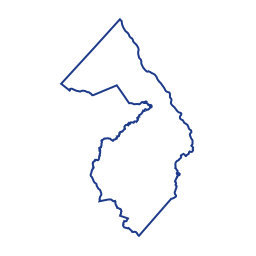 outline of Santa Terezinha, Mato Grosso, Brazil, rotated 308°
{"feature_id": "56859067B41133101441873", "entity_name": "Santa Terezinha", "entity_type": "district", "adm_level": 2, "iso_a3": "BRA", "parent_name": "Brazil", "parent_adm1": "Mato Grosso", "projection": "natural_earth1", "projection_center": [-50.819, -10.289], "detail": "fine", "context": "isolated", "style": "outline", "palette": "blue", "viewbox_px": 256, "rotation_deg": 308, "n_neighbors": 0, "source": "geoboundaries", "source_scale": "gbopen_adm2", "svg_char_len": 5973}
<svg xmlns="http://www.w3.org/2000/svg" viewBox="0 0 256 256"><g transform="rotate(308 128 128)"><path d="M121.7,48.1L121.6,59.0L122.1,59.0L122.6,58.3L123.3,58.4L124.3,59.4L124.6,60.1L124.7,61.0L125.6,64.5L127.3,67.9L128.6,68.5L129.5,69.3L130.6,71.1L131.3,73.9L131.6,74.6L132.1,75.1L132.2,76.2L132.0,76.9L132.3,77.8L131.8,79.5L132.1,80.0L132.7,80.5L154.7,92.9L152.0,101.8L148.2,113.6L149.4,115.0L149.8,115.7L150.1,116.5L150.3,117.7L150.6,118.2L151.0,118.8L152.3,120.1L152.8,120.8L153.6,122.2L153.9,122.5L157.1,123.1L157.7,123.9L157.5,124.5L158.0,125.0L158.8,125.1L160.0,125.8L160.1,126.4L159.6,126.5L159.1,125.9L158.2,126.0L158.6,126.5L158.8,126.9L159.2,127.9L159.3,128.6L158.7,129.4L158.7,130.0L159.3,130.6L159.7,130.9L159.8,131.4L160.2,131.9L160.2,132.6L159.9,133.0L159.5,133.1L159.2,133.6L158.8,133.7L158.6,133.3L158.6,132.7L158.1,132.3L157.6,132.8L157.1,133.0L156.6,133.0L155.5,132.6L155.0,132.6L154.2,131.8L153.6,131.6L153.8,131.0L153.6,130.2L153.2,129.9L152.0,130.0L151.6,130.5L151.1,130.0L150.9,129.3L150.4,129.6L149.8,129.7L149.3,129.5L148.5,129.8L148.1,129.7L147.5,129.8L145.8,129.4L145.3,128.9L144.1,129.3L143.8,129.9L142.9,129.3L141.8,129.1L141.7,129.8L141.2,129.6L140.8,130.2L140.6,130.8L139.8,130.7L139.3,130.9L138.3,130.9L138.4,130.4L137.6,129.8L137.1,129.0L136.5,129.0L136.0,129.3L135.5,129.1L135.2,128.2L134.2,126.8L133.7,126.9L133.2,126.9L132.9,126.2L132.8,125.6L131.7,125.5L131.5,126.0L131.6,126.7L130.8,126.4L130.2,126.5L130.1,125.9L130.4,125.4L129.9,125.3L129.6,125.0L129.0,124.4L127.1,124.3L126.7,124.4L126.2,125.0L125.9,125.9L125.2,126.2L124.7,125.7L123.2,125.8L122.0,125.7L121.5,125.3L121.0,125.4L120.5,124.8L120.3,124.4L119.7,124.5L119.1,124.2L118.4,125.1L117.9,124.8L117.3,125.0L116.3,125.8L115.7,125.5L115.4,125.1L115.0,124.8L115.0,125.3L114.4,125.0L113.7,125.3L113.1,125.0L112.7,125.6L111.9,125.3L111.5,125.0L111.0,124.9L110.6,124.3L110.0,124.0L109.5,124.0L108.9,124.2L108.5,123.8L108.6,123.0L108.4,122.2L108.5,121.0L108.6,120.4L108.3,119.9L108.0,119.7L107.7,118.8L107.4,118.3L106.3,117.3L105.1,115.8L104.2,115.8L103.7,115.5L103.3,115.5L102.7,115.2L102.3,114.8L101.9,114.8L101.4,115.0L101.1,115.9L100.6,116.4L99.7,116.5L98.8,117.1L98.2,117.7L97.6,118.0L97.0,118.1L96.2,118.6L95.4,117.9L94.6,117.6L94.1,118.0L94.0,118.5L94.1,119.0L93.4,119.7L93.1,119.0L92.5,119.5L91.9,120.7L91.3,121.4L90.6,121.7L90.0,121.7L89.2,122.7L88.7,122.9L88.1,122.6L87.5,123.1L86.0,124.0L85.2,124.3L84.2,124.2L83.8,123.8L83.5,122.7L82.7,121.7L82.2,121.7L82.0,122.2L80.9,122.0L80.2,121.5L79.1,121.6L78.7,122.1L78.3,122.1L76.6,123.8L76.0,125.0L75.6,125.4L75.0,125.4L74.6,125.0L73.8,125.6L73.1,125.5L72.7,125.5L71.5,126.1L70.8,126.3L69.5,127.0L68.7,127.1L68.1,127.4L67.6,127.9L67.3,128.3L67.1,129.2L67.0,130.2L66.5,130.8L65.9,132.3L65.5,132.7L65.1,133.4L64.4,135.2L64.5,137.2L64.3,137.8L63.0,139.2L62.6,140.5L62.0,141.6L62.0,143.8L61.8,144.4L61.0,145.7L60.0,147.2L58.9,148.1L56.5,148.4L56.0,148.7L54.4,149.3L54.1,150.1L52.7,150.6L59.3,156.3L60.9,158.1L61.2,158.6L61.3,160.2L61.2,160.7L61.4,161.8L62.6,162.7L62.1,163.6L61.3,164.0L60.1,165.5L59.8,166.4L59.4,166.8L59.2,167.9L58.7,168.2L58.4,168.6L58.8,169.2L59.1,171.1L59.4,171.5L59.5,172.3L59.2,172.8L58.2,174.3L57.2,174.3L56.2,175.3L55.1,175.3L54.6,175.7L54.0,175.8L56.7,183.7L54.7,183.9L54.2,183.8L53.8,184.1L53.4,183.9L52.7,183.2L52.3,182.3L51.5,182.7L50.4,182.7L49.9,183.0L49.5,183.7L48.9,183.6L47.9,184.5L47.5,185.5L47.4,186.3L47.8,187.1L47.9,187.6L48.5,188.6L48.8,189.7L49.6,190.1L49.4,191.3L49.3,192.9L49.1,193.7L49.2,194.4L48.7,195.3L49.3,196.2L50.3,197.0L50.9,198.4L50.7,199.1L50.7,199.6L49.9,201.6L49.8,203.0L98.4,205.6L98.8,205.6L99.8,206.5L101.5,207.3L102.6,207.7L103.6,207.9L104.0,207.7L104.4,207.4L104.6,206.7L104.9,205.6L105.5,205.0L106.0,204.4L106.5,204.2L107.8,203.9L109.1,203.3L110.1,203.2L111.1,202.5L111.8,202.4L112.2,201.9L112.2,201.0L112.4,200.5L112.8,200.3L113.6,200.3L114.7,199.0L114.6,198.2L114.9,197.8L115.6,197.8L116.2,197.5L118.6,197.0L119.3,197.1L119.6,196.6L120.0,196.5L121.1,196.7L122.4,197.4L123.1,197.3L123.6,197.1L123.8,196.4L123.6,195.7L122.7,195.5L122.5,196.4L121.8,195.5L121.8,195.0L122.1,194.5L122.5,194.2L124.2,193.9L124.7,193.5L124.9,193.1L125.1,191.6L125.7,190.7L125.5,190.0L127.0,189.2L127.5,188.5L129.3,187.2L130.0,186.9L131.7,186.8L132.2,186.9L133.6,187.6L134.1,187.7L134.8,187.6L136.3,187.9L136.8,188.0L137.6,187.9L138.2,187.6L138.5,186.8L138.9,186.6L140.1,186.9L141.1,187.5L141.7,187.6L141.9,189.0L141.4,190.6L141.7,191.0L143.1,191.0L143.7,191.3L144.4,191.4L144.8,191.7L145.3,191.7L146.5,191.0L147.4,191.0L147.8,192.3L148.3,192.8L148.8,193.1L150.2,193.1L150.7,192.9L151.2,191.9L152.4,191.6L152.9,190.9L152.9,189.4L153.1,188.8L154.7,188.8L155.3,188.6L156.0,187.9L157.4,187.0L158.2,186.1L158.5,184.8L158.8,184.1L159.0,183.6L159.5,182.9L159.8,182.2L161.1,180.6L162.2,180.4L163.7,180.5L164.1,180.2L164.6,179.7L165.0,179.0L164.8,177.8L164.8,177.0L165.1,176.3L165.4,175.7L166.3,174.5L167.1,172.7L166.9,171.9L167.0,170.7L166.7,169.1L167.5,167.4L167.8,166.7L167.8,166.2L167.5,165.1L167.5,163.3L168.0,162.7L169.3,161.8L170.9,161.8L171.5,161.6L172.0,161.3L172.3,160.8L172.3,160.2L171.7,158.8L171.6,158.1L171.6,157.2L171.7,156.3L172.9,151.9L173.1,148.8L173.7,146.8L174.6,146.1L176.3,145.3L177.1,144.8L177.7,143.8L177.8,142.8L178.1,142.1L180.4,140.3L181.1,139.5L181.4,138.8L180.6,136.6L180.4,135.4L180.7,134.3L181.9,131.7L183.0,127.9L183.5,126.4L183.7,124.4L184.2,122.3L184.6,121.2L185.9,118.9L186.5,116.5L186.5,115.4L185.9,112.7L185.8,111.3L185.3,109.2L184.5,108.8L184.2,108.3L184.1,107.6L184.2,106.1L185.0,102.6L186.3,100.0L187.0,98.8L187.7,98.2L188.6,97.6L189.6,96.2L189.9,95.5L190.0,94.2L190.3,93.3L192.4,90.7L194.0,89.3L196.1,88.3L197.2,87.1L197.6,86.5L198.8,83.4L199.1,80.0L199.3,79.2L199.5,78.7L200.4,77.7L201.1,75.7L200.8,74.3L201.0,73.4L201.4,72.3L201.9,71.6L202.6,70.0L202.8,68.3L202.8,66.4L203.0,65.8L203.6,64.3L204.2,62.6L205.9,59.7L206.7,58.8L207.4,58.2L208.5,56.8L208.5,56.2L208.2,55.5L208.6,54.7L169.8,51.9L121.7,48.1Z" fill="none" stroke="#1e3a8a" stroke-width="2"/></g></svg>